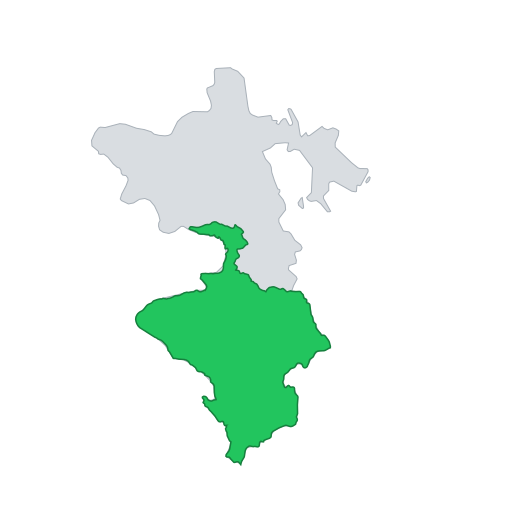 where Gorno-Badakhshan sits in Tajikistan, rotated 69°
{"feature_id": "TJK-366", "entity_name": "Gorno-Badakhshan", "entity_type": "Region", "adm_level": 1, "iso_a3": "TJK", "parent_name": "Tajikistan", "parent_adm1": "", "projection": "albers", "projection_center": [72.466, 38.073], "detail": "fine", "context": "in_parent", "style": "filled", "palette": "green", "viewbox_px": 512, "rotation_deg": 69, "n_neighbors": 0, "source": "natural_earth", "source_scale": "10m", "svg_char_len": 9793}
<svg xmlns="http://www.w3.org/2000/svg" viewBox="0 0 512 512"><g transform="rotate(69 256 256)"><path d="M79.9,355.2L82.0,350.8L83.6,335.8L86.2,330.7L93.9,321.8L98.0,314.9L102.5,309.3L105.7,307.5L108.7,303.1L111.2,298.0L112.0,294.8L111.9,292.2L111.1,290.5L102.4,281.1L99.9,275.3L98.7,268.1L98.5,263.1L104.0,249.6L103.4,247.3L102.1,245.1L99.3,243.6L95.2,242.9L86.0,243.1L82.5,242.1L81.7,241.2L81.5,235.0L80.7,233.6L79.2,232.3L69.0,228.9L67.0,227.5L66.7,225.9L71.1,212.3L72.8,211.3L77.0,206.9L85.6,203.4L113.3,209.9L117.8,210.6L120.9,210.3L123.1,208.8L127.1,204.4L130.1,191.9L132.4,191.6L134.7,192.3L135.8,191.1L136.9,188.1L137.8,187.9L139.4,189.5L141.2,188.1L141.0,186.9L139.2,184.7L137.7,181.4L138.5,179.1L145.7,178.1L146.5,177.0L146.3,175.1L144.5,174.0L130.9,173.9L130.1,172.8L130.6,171.6L131.6,170.7L145.9,168.7L158.9,171.4L161.1,170.8L158.7,165.1L162.3,164.7L162.8,162.8L158.7,147.9L161.3,146.7L163.9,143.8L163.9,138.3L166.2,135.7L168.9,133.9L172.9,135.9L178.8,141.6L182.7,143.0L202.9,133.5L210.3,129.2L211.6,127.6L214.3,120.9L215.7,120.5L217.5,121.2L227.4,132.8L227.4,134.3L226.3,135.5L226.5,136.6L231.7,139.1L231.7,140.2L229.8,143.4L214.0,156.5L213.4,160.8L214.6,162.2L220.9,164.6L224.1,171.5L226.5,172.4L240.9,170.3L241.1,171.4L240.3,173.5L230.4,176.8L225.9,179.7L224.8,184.9L223.6,186.4L221.6,187.6L219.6,187.8L216.7,181.6L193.9,171.6L173.0,177.5L170.0,182.1L170.7,186.5L170.1,188.4L168.0,188.9L162.2,185.1L160.7,188.2L158.0,197.8L160.3,203.8L160.8,212.6L168.7,212.4L175.3,210.0L178.6,210.0L183.5,211.3L192.3,211.8L201.0,211.7L202.7,210.1L204.5,210.7L206.1,212.8L213.2,210.5L218.4,210.3L223.5,211.8L229.3,221.3L232.5,222.5L242.4,221.6L245.3,216.6L247.9,215.4L255.3,214.1L261.6,210.3L264.8,210.0L266.3,211.4L267.0,213.1L266.3,217.8L268.3,219.4L274.4,219.8L277.2,221.3L276.8,228.5L279.4,230.3L280.7,230.5L289.6,225.9L292.1,225.8L297.1,231.5L301.0,234.8L302.0,234.3L303.8,230.7L307.2,226.8L317.0,224.3L320.7,223.7L331.9,225.3L343.2,225.1L349.2,224.3L354.1,221.9L356.5,220.0L360.5,218.9L368.2,219.5L368.5,222.7L367.2,233.1L371.3,240.8L376.5,247.1L376.9,249.2L376.5,250.9L373.4,252.6L372.3,254.3L371.8,256.3L372.8,258.6L374.7,265.9L377.1,271.6L380.4,274.3L385.3,276.0L388.0,275.6L389.9,271.3L393.0,268.0L400.1,267.9L411.6,271.4L423.0,276.7L426.3,279.7L427.5,283.2L424.6,291.3L424.9,296.4L425.7,301.9L428.4,305.9L431.0,312.8L431.6,318.5L433.5,322.2L431.7,332.9L432.8,334.6L441.9,341.9L443.1,346.0L441.2,348.6L437.8,351.8L432.1,355.8L424.0,348.2L420.4,346.0L413.8,346.9L405.1,344.8L400.7,345.1L398.0,347.8L396.3,350.5L391.9,351.4L375.8,356.9L371.0,356.5L369.7,355.2L370.7,353.3L374.1,350.9L374.9,348.0L374.2,345.4L362.3,342.2L357.5,342.9L349.1,346.3L333.6,355.1L326.8,361.0L321.9,369.9L307.1,372.8L296.9,377.9L286.3,386.2L279.3,390.6L275.9,391.2L272.6,390.4L269.2,388.1L266.0,381.1L261.3,363.5L265.2,334.1L267.3,322.2L269.0,317.9L269.1,315.1L267.7,313.6L264.5,313.7L259.7,315.2L256.3,315.5L254.3,314.4L254.6,308.9L257.1,298.8L253.5,290.3L243.7,283.3L235.3,280.8L228.3,282.7L222.4,288.1L217.5,296.8L212.4,303.9L207.2,309.4L202.3,313.1L201.5,315.4L204.0,323.0L203.7,329.3L200.5,334.2L197.0,336.6L193.3,336.3L190.4,335.0L188.3,332.8L182.4,332.1L172.8,332.8L166.2,335.1L162.5,339.1L161.3,344.5L162.6,351.3L161.7,356.4L156.0,361.8L154.1,362.3L150.0,359.1L143.8,352.1L139.5,348.3L137.2,347.7L134.3,348.6L132.7,351.4L130.6,352.1L127.7,351.4L125.0,351.9L123.3,353.9L118.8,356.3L110.8,358.8L106.3,361.6L105.4,364.8L104.2,366.2L101.8,365.6L94.4,369.7L89.1,368.1L83.2,362.1L80.1,357.2L79.9,355.2ZM228.3,195.7L224.0,198.0L221.5,197.7L218.2,193.2L218.0,191.9L226.6,193.8L228.2,194.4L228.3,195.7ZM227.3,126.8L225.9,126.9L223.4,123.9L222.6,121.9L223.7,121.3L225.8,122.8L227.2,125.3L227.3,126.8Z" fill="#d9dde1" stroke="#a8b0b8" stroke-width="1"/><path d="M362.5,218.4L366.9,218.9L368.3,219.5L368.2,220.7L368.8,224.3L368.9,225.5L368.8,226.5L367.3,230.9L367.0,232.7L367.2,234.5L368.4,236.5L370.5,238.5L370.9,239.3L371.7,242.4L372.2,243.2L375.1,245.4L376.7,247.1L377.4,247.6L377.9,248.6L378.1,249.7L377.9,250.6L377.2,251.4L376.1,251.8L373.8,251.8L372.7,252.3L372.1,253.1L371.4,254.1L371.0,255.2L371.2,256.3L371.8,257.2L373.2,258.8L373.7,259.7L373.9,260.8L373.6,263.6L373.8,264.5L375.6,267.4L376.0,268.3L376.5,270.9L376.9,271.9L377.8,272.9L378.7,273.4L380.4,274.0L381.3,274.5L382.8,275.9L383.5,276.3L388.2,276.4L389.0,276.2L389.6,275.1L389.2,274.2L388.6,273.1L388.5,272.0L388.9,271.6L390.8,270.9L391.1,270.5L391.3,269.0L391.9,267.9L392.6,267.5L393.4,267.5L396.4,268.5L397.4,268.6L398.5,268.6L401.8,267.3L402.8,267.4L409.8,270.7L418.1,273.7L420.6,275.9L421.7,276.0L422.8,275.9L423.7,276.1L424.5,276.6L425.7,278.3L427.0,279.1L427.3,279.5L427.9,282.4L427.9,283.6L427.7,284.7L427.1,285.7L425.1,288.1L424.7,289.1L424.6,290.2L424.7,296.2L425.8,303.2L426.8,305.0L430.3,306.8L431.0,308.5L430.9,312.5L431.0,314.5L431.2,314.8L432.2,315.5L432.1,316.0L431.3,317.3L430.9,317.5L430.7,317.9L430.9,318.7L431.2,319.1L431.5,319.5L434.0,320.8L434.7,321.4L434.9,322.5L434.7,323.1L433.3,325.4L433.0,327.0L431.2,329.7L431.0,330.9L431.6,333.0L432.7,334.8L434.3,336.1L438.8,338.6L439.7,339.3L442.2,342.6L443.7,343.9L445.3,345.0L442.9,345.8L441.8,346.4L441.2,347.5L441.1,349.8L440.7,350.6L436.2,352.4L435.0,352.7L434.1,353.2L433.2,355.3L432.2,355.8L430.7,355.0L428.3,351.2L426.9,349.8L420.5,346.0L419.1,346.9L413.6,347.3L411.4,346.7L410.4,346.3L408.6,346.6L406.6,346.4L406.1,346.2L405.3,345.0L404.9,344.7L404.3,344.7L403.7,345.2L403.5,344.4L402.9,346.0L401.7,346.2L400.3,345.9L399.0,345.9L398.2,346.8L398.1,348.9L397.3,350.0L396.1,350.5L390.6,351.7L386.9,353.1L385.9,353.4L383.1,354.7L381.0,355.0L380.0,355.3L378.2,357.1L377.5,357.3L375.6,357.0L375.1,357.2L374.3,357.8L373.8,357.9L372.3,356.3L371.3,356.2L369.2,356.9L368.4,356.5L368.2,355.2L368.8,353.9L369.8,353.0L370.9,352.6L372.8,352.4L373.5,352.1L374.3,351.3L375.1,350.3L375.5,349.4L375.4,346.8L375.8,344.7L374.0,344.5L371.9,344.6L368.5,343.8L362.5,341.6L360.3,341.7L357.3,343.5L356.5,343.2L355.6,342.7L354.5,342.6L353.2,342.7L352.2,343.1L351.5,343.7L349.1,346.3L348.6,346.5L347.5,346.1L347.1,346.3L345.2,347.8L344.4,348.7L343.6,350.6L343.0,351.4L342.0,352.1L338.5,352.5L335.0,354.6L333.9,356.0L332.7,356.4L330.4,356.8L328.4,358.1L326.9,360.1L324.7,364.9L322.6,368.2L322.3,369.4L321.9,369.9L314.5,371.1L312.8,371.9L309.4,371.3L307.2,371.7L302.2,373.8L300.2,375.1L298.5,377.2L296.8,378.2L295.5,379.6L281.1,390.3L279.1,391.1L276.7,391.5L274.3,391.5L271.9,391.0L269.9,389.9L268.2,388.1L267.5,387.0L267.0,385.8L266.6,384.5L266.3,381.7L265.8,380.4L263.1,375.8L262.7,374.7L262.5,373.3L262.5,370.8L262.4,370.1L261.3,368.1L261.2,367.3L261.3,363.6L261.7,361.0L262.0,360.1L262.4,359.5L262.2,358.0L264.1,354.9L264.1,353.2L264.4,352.4L264.6,351.1L264.5,348.5L264.2,346.1L264.3,345.2L264.9,343.8L265.4,341.4L264.7,336.4L265.0,333.6L266.0,332.0L266.4,329.4L267.1,326.9L266.5,324.3L266.9,323.2L268.7,322.0L269.5,320.9L269.7,319.8L269.7,318.4L269.5,316.3L269.9,315.8L268.4,314.0L266.9,312.9L265.2,312.8L259.2,314.8L257.3,316.0L256.3,315.5L254.4,314.0L253.9,313.9L253.6,314.0L253.3,313.9L253.1,313.1L253.2,312.4L253.7,311.0L254.1,309.5L255.5,306.7L256.2,304.2L257.2,302.5L257.5,300.6L258.4,298.0L258.7,296.6L258.4,293.8L257.3,292.0L255.6,290.8L251.6,289.1L248.7,285.9L246.8,284.5L245.5,283.8L244.9,283.6L243.6,283.8L243.1,283.4L242.8,282.9L242.1,281.3L241.1,280.3L240.6,279.9L239.9,279.8L238.8,279.8L238.4,280.2L238.6,281.6L238.1,282.2L236.9,281.9L234.9,280.9L234.3,281.0L233.9,281.6L233.5,281.7L231.9,281.3L230.4,281.3L229.6,281.4L228.6,282.9L225.8,283.2L224.9,283.7L224.8,284.1L225.8,284.9L225.4,285.6L223.2,287.1L222.1,287.0L221.6,287.3L221.4,287.8L221.4,289.6L220.7,291.7L219.0,292.5L218.5,294.0L217.0,296.8L215.6,300.2L215.0,301.2L214.5,301.7L212.8,302.4L212.3,302.8L210.1,304.9L207.8,307.8L207.4,308.1L206.5,308.6L205.3,307.0L205.3,306.3L205.9,305.0L208.0,301.4L208.6,299.6L208.8,298.9L208.9,295.4L208.7,292.2L209.1,290.2L209.8,288.7L209.9,287.7L209.6,286.1L209.1,285.2L209.0,284.7L209.2,282.6L209.9,281.1L213.3,278.4L213.8,277.6L214.0,276.7L217.0,274.0L217.9,272.0L220.2,270.0L220.8,269.4L221.7,268.0L221.8,267.2L221.6,266.4L221.1,265.8L219.6,264.6L219.4,264.3L219.6,264.0L221.8,263.1L224.5,260.8L225.2,260.3L228.6,259.1L229.2,259.2L229.8,260.0L230.3,261.5L230.5,261.8L232.4,261.7L233.9,261.8L235.2,261.6L236.9,260.4L239.2,259.4L241.2,259.2L241.8,259.4L242.1,259.8L242.0,261.6L243.7,265.0L243.9,265.9L243.7,267.2L243.6,268.5L243.0,270.2L242.9,270.9L243.4,271.6L244.8,272.0L246.9,272.0L249.4,271.4L250.0,271.6L250.6,272.0L251.1,272.7L251.4,273.6L251.5,274.9L251.8,275.8L252.2,276.4L253.5,277.4L254.7,279.0L255.0,279.2L255.6,279.2L256.3,278.9L258.4,277.7L259.3,277.5L260.0,277.8L260.6,278.2L261.1,278.8L261.7,279.8L261.9,280.0L262.1,279.8L262.7,278.4L263.8,277.2L264.5,277.1L266.0,277.1L266.4,277.0L266.8,276.7L267.0,276.1L267.0,274.4L267.1,273.9L267.4,273.6L268.5,273.0L269.2,271.8L270.6,270.0L271.1,269.8L272.0,269.8L273.4,269.8L276.2,269.0L276.9,269.1L277.5,269.6L278.0,269.3L278.7,268.0L279.1,267.7L280.6,267.2L281.8,266.0L282.4,265.4L284.5,264.9L286.9,264.8L288.6,264.0L290.6,262.1L291.5,260.6L292.9,259.6L291.5,258.0L290.4,255.6L290.2,254.8L290.3,253.9L290.5,253.3L290.6,252.0L291.2,250.3L292.7,248.6L295.4,246.0L295.8,245.3L296.0,244.7L295.8,243.5L295.9,242.8L296.2,242.3L297.9,241.3L299.6,240.6L300.2,240.2L300.6,239.7L300.7,239.1L300.8,237.3L301.0,235.9L301.5,235.9L303.5,231.6L304.6,228.2L305.2,227.3L306.0,227.0L307.1,226.8L308.9,225.9L309.7,225.9L311.3,226.3L312.9,226.2L314.4,224.6L314.9,224.4L315.6,224.6L316.9,225.4L317.6,225.4L318.2,225.1L319.1,223.9L319.6,223.5L320.4,223.2L321.2,223.3L330.1,225.6L330.8,225.5L332.9,225.1L333.9,225.1L337.7,226.0L338.4,226.0L340.8,224.7L341.4,224.6L342.8,225.2L344.5,225.7L346.0,225.5L350.9,223.8L353.6,223.3L353.9,222.6L354.0,221.8L354.4,220.8L355.6,220.0L360.8,218.6L362.5,218.4Z" fill="#22c55e" stroke="#15803d" stroke-width="1.5"/></g></svg>